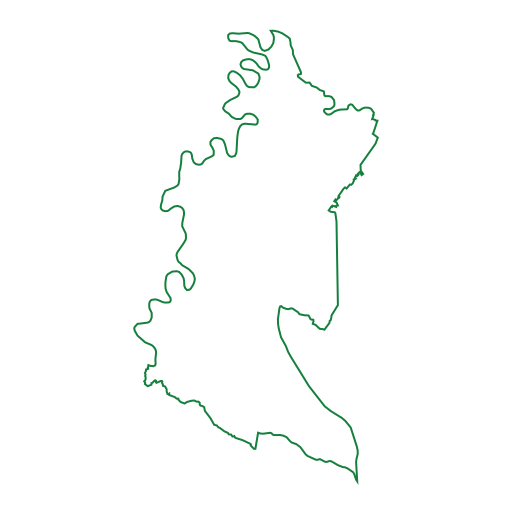 Villa Rica, Valle del Cauca, Colombia
{"feature_id": "7082276B61573549340712", "entity_name": "Villa Rica", "entity_type": "district", "adm_level": 2, "iso_a3": "COL", "parent_name": "Colombia", "parent_adm1": "Valle del Cauca", "projection": "albers", "projection_center": [-76.465, 3.182], "detail": "fine", "context": "isolated", "style": "outline", "palette": "green", "viewbox_px": 512, "rotation_deg": 0, "n_neighbors": 0, "source": "geoboundaries", "source_scale": "gbopen_adm2", "svg_char_len": 6024}
<svg xmlns="http://www.w3.org/2000/svg" viewBox="0 0 512 512"><path d="M360.5,164.9L375.5,143.7L377.8,137.6L372.8,133.8L373.4,132.9L377.4,120.7L375.6,120.6L375.4,120.0L372.7,119.0L372.2,119.1L373.6,115.1L373.2,115.0L373.9,112.8L371.0,108.7L368.4,107.7L364.9,107.6L362.3,108.5L359.5,110.4L357.6,110.5L355.4,108.7L352.3,104.8L350.6,104.3L348.5,105.5L347.8,108.5L347.0,109.3L340.1,109.6L337.4,110.3L334.7,111.3L331.1,113.9L329.5,114.5L327.8,114.6L326.2,113.8L324.2,111.7L324.0,110.3L324.4,109.5L325.3,108.9L328.9,109.1L330.8,108.7L332.6,107.5L334.0,106.1L334.5,104.3L334.1,100.2L331.5,96.9L328.9,96.1L325.2,96.1L324.4,95.4L323.8,91.4L319.8,90.0L316.7,87.5L311.9,85.9L309.6,82.6L306.2,82.7L305.3,82.3L298.0,76.7L297.8,75.2L298.5,74.5L300.8,74.1L301.0,72.3L293.1,54.5L292.8,50.0L290.7,45.4L290.5,42.4L289.7,38.6L288.0,37.1L282.4,33.4L278.1,31.6L273.4,30.7L270.8,30.8L273.2,34.8L273.8,36.5L273.9,39.1L273.3,43.1L271.3,46.7L268.4,49.5L264.7,50.9L262.3,49.9L260.5,47.4L258.3,39.3L254.9,36.1L252.9,34.9L249.1,33.2L247.3,33.0L238.6,33.7L232.7,33.2L229.9,33.5L228.2,35.0L228.1,36.2L228.3,38.3L229.5,40.6L230.9,41.1L235.8,41.1L240.0,42.0L242.2,43.0L247.6,49.7L249.3,50.8L253.2,52.5L261.9,54.4L265.1,55.7L265.9,56.6L267.5,59.7L269.1,65.2L269.1,67.1L268.5,68.6L267.8,69.3L266.2,69.7L263.0,69.4L261.4,68.7L258.7,66.5L256.6,63.5L254.9,61.8L252.4,60.0L249.4,59.1L246.2,59.4L243.1,60.3L241.2,62.1L240.5,64.2L241.1,66.4L242.3,68.0L243.9,69.0L252.8,70.3L258.4,73.6L259.6,77.2L259.4,79.3L258.1,83.1L256.2,85.8L254.2,87.3L249.0,87.1L247.1,86.1L245.5,83.9L242.8,78.8L240.1,75.3L236.7,72.7L233.7,71.3L231.6,71.4L229.7,72.9L228.5,75.0L228.2,78.2L229.4,80.9L231.2,82.9L236.1,86.7L238.2,89.2L239.4,91.6L239.3,93.2L238.3,95.6L236.6,96.9L230.0,100.1L225.7,103.1L224.8,104.2L223.1,108.1L223.4,109.2L225.3,111.4L228.9,113.7L231.6,116.8L234.8,118.5L236.5,119.0L240.4,119.0L242.1,118.0L245.0,114.5L246.8,113.8L250.2,113.7L253.2,114.7L255.4,116.4L257.8,119.6L257.6,122.8L256.6,124.3L255.4,124.6L244.8,123.7L242.3,124.3L240.5,125.8L239.0,128.5L238.1,131.3L237.3,137.2L236.5,151.5L236.2,153.3L234.8,156.0L231.6,156.8L230.1,156.4L228.5,155.1L227.1,152.9L225.0,144.4L223.6,141.0L222.5,139.7L221.1,138.9L216.9,137.9L213.8,138.3L211.6,140.2L210.4,141.9L210.5,144.7L212.7,148.3L213.8,150.9L213.6,155.0L211.7,156.4L205.8,159.1L204.1,160.7L202.2,163.6L200.7,164.5L198.7,164.7L195.9,164.1L193.8,162.4L192.3,158.6L191.7,154.4L190.8,152.7L190.0,152.1L187.7,151.4L185.2,151.5L183.9,152.2L182.3,153.8L181.5,155.9L181.1,162.9L180.2,168.8L179.2,171.9L179.3,179.6L178.6,183.9L177.5,185.5L174.3,187.5L165.3,190.8L162.5,196.7L162.4,200.1L161.0,204.8L160.7,207.8L161.5,209.4L163.0,210.6L165.0,211.1L167.0,211.1L168.4,210.6L171.2,208.3L174.5,206.4L177.8,206.0L180.1,206.7L182.0,207.8L183.5,209.9L184.0,212.1L184.0,214.6L182.3,222.9L182.2,226.3L185.8,233.7L186.0,238.3L185.6,239.8L183.6,243.3L177.6,251.9L176.7,253.8L176.5,255.6L177.6,260.1L178.5,261.8L180.7,263.5L182.1,265.2L188.7,269.1L193.0,273.4L194.2,276.1L194.8,278.7L194.5,281.1L193.4,284.3L190.9,288.4L189.7,289.6L187.0,290.1L185.2,288.1L184.3,285.7L184.1,280.8L183.5,278.0L181.6,274.5L179.2,272.0L176.8,271.2L172.2,271.6L168.0,274.1L166.8,275.5L166.2,277.2L165.4,282.5L165.4,286.2L165.6,288.8L166.7,292.1L170.6,298.2L170.7,300.3L170.3,301.5L169.1,302.4L165.5,302.6L163.0,302.2L157.4,299.8L155.4,299.4L151.8,299.8L150.5,300.7L149.5,302.4L149.3,303.7L149.2,306.4L149.5,308.5L151.7,312.9L151.7,317.5L150.4,320.7L149.2,321.9L147.2,322.7L137.5,323.9L134.8,326.8L134.2,328.2L134.8,330.9L137.6,335.7L145.1,342.3L151.5,345.0L153.2,346.3L155.2,348.9L156.0,351.3L156.1,353.0L155.4,359.1L155.6,363.7L155.2,365.3L153.4,366.2L150.2,365.8L148.4,365.1L148.2,367.0L147.8,367.3L148.2,368.8L146.0,369.5L145.9,371.1L144.9,373.1L145.6,374.6L145.1,376.0L145.6,377.0L145.6,379.2L145.2,380.3L144.2,381.3L145.2,382.7L144.9,384.0L147.7,386.2L151.4,384.7L151.4,383.2L152.6,382.7L153.8,381.2L155.2,380.3L156.0,380.7L155.9,382.3L156.5,382.8L160.7,381.0L161.9,381.0L162.3,381.5L162.0,382.9L162.9,384.4L162.9,385.8L165.1,386.5L166.6,389.1L166.7,391.7L167.5,394.0L168.3,394.1L169.2,393.6L169.2,395.0L174.8,397.1L176.7,398.7L178.3,398.6L178.6,399.9L180.6,402.0L184.6,403.5L187.1,401.9L191.8,400.7L194.3,400.5L196.7,401.7L198.6,401.7L199.6,402.6L199.8,404.7L200.3,405.5L202.7,406.2L204.2,407.2L204.9,410.9L210.4,418.1L214.2,424.8L216.9,425.5L218.4,427.4L220.0,428.0L224.3,431.3L227.9,432.9L228.7,434.3L231.2,434.6L232.3,436.4L232.9,436.6L234.3,436.0L234.9,437.4L235.8,438.0L242.7,440.2L250.3,443.8L250.9,444.4L250.7,445.5L253.9,448.8L255.4,448.8L258.1,432.7L260.3,433.5L263.1,433.7L270.4,432.8L271.6,433.3L272.6,434.5L274.0,435.1L280.1,435.0L283.4,435.7L286.6,437.2L290.0,441.1L291.6,442.5L296.3,444.1L300.4,447.2L305.7,454.4L307.6,456.0L315.8,459.7L317.5,459.8L319.9,459.1L325.1,461.8L326.7,461.9L329.6,461.0L331.3,461.3L338.0,465.2L342.9,467.1L345.0,467.3L347.7,468.5L353.2,472.3L354.1,473.8L356.1,479.6L357.2,481.3L356.1,462.0L356.6,458.4L357.7,454.1L357.7,450.8L356.9,446.8L350.7,427.5L345.3,420.9L341.9,418.0L330.8,411.1L324.7,406.3L309.0,386.2L290.6,356.4L288.1,351.8L285.9,346.1L281.0,337.2L278.7,328.2L278.1,324.1L277.9,319.3L279.5,308.0L280.1,306.5L281.2,306.1L282.9,307.6L286.6,309.0L288.7,309.1L291.2,308.3L292.6,308.6L298.1,312.3L299.5,314.2L304.6,315.3L308.2,315.4L308.9,315.9L310.4,319.0L311.3,319.6L312.9,319.6L313.4,319.9L313.5,321.0L312.8,323.9L315.5,324.8L319.7,328.8L322.8,329.1L324.4,329.7L329.4,323.0L329.7,320.9L330.8,320.0L331.0,319.2L331.6,315.3L337.9,305.1L336.5,221.5L335.4,213.4L334.8,212.3L330.5,211.7L328.7,210.4L331.5,206.4L332.1,206.8L332.6,205.7L335.9,206.8L335.7,206.0L337.9,205.5L336.6,202.6L334.3,201.2L335.5,199.4L336.4,200.1L337.7,198.9L338.4,197.3L339.2,197.6L339.4,197.0L338.6,196.7L338.9,196.2L338.6,195.9L343.6,188.7L345.0,187.4L346.6,188.5L349.9,184.5L351.2,184.8L352.7,183.4L354.0,180.5L353.7,179.5L355.8,178.6L355.0,177.7L356.1,175.4L357.0,176.1L358.0,175.3L358.5,174.6L357.8,174.0L359.4,172.2L360.6,173.1L361.6,175.1L363.1,174.0L360.7,170.4L360.5,164.9Z" fill="none" stroke="#15803d" stroke-width="2"/></svg>